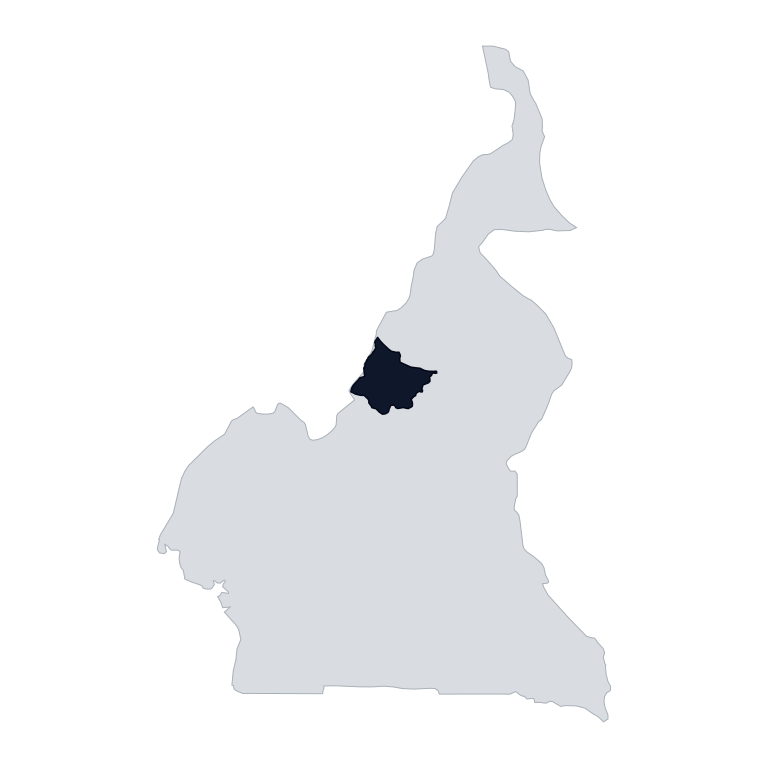 location of Faro-et-Deo, Adamaoua, Cameroon
{"feature_id": "32672807B79440248069412", "entity_name": "Faro-et-Deo", "entity_type": "district", "adm_level": 2, "iso_a3": "CMR", "parent_name": "Cameroon", "parent_adm1": "Adamaoua", "projection": "orthographic", "projection_center": [12.392, 7.524], "detail": "fine", "context": "in_parent", "style": "filled", "palette": "ink", "viewbox_px": 768, "rotation_deg": 0, "n_neighbors": 0, "source": "geoboundaries", "source_scale": "gbopen_adm2", "svg_char_len": 5770}
<svg xmlns="http://www.w3.org/2000/svg" viewBox="0 0 768 768"><path d="M158.7,539.4L160.4,534.8L173.3,513.2L181.4,478.6L185.2,470.6L188.9,465.2L207.5,446.8L214.4,441.0L224.5,434.3L231.6,420.8L234.0,419.4L237.2,418.3L253.1,406.9L254.5,409.1L255.6,411.9L256.7,413.1L261.9,414.0L269.0,414.0L273.1,413.2L275.2,410.9L277.5,404.6L278.8,403.4L280.4,403.1L288.1,407.5L300.9,420.2L304.1,422.4L305.5,424.8L308.2,436.3L309.8,439.1L312.6,440.3L317.5,439.6L322.7,437.6L327.3,434.7L331.7,430.9L334.8,427.5L336.1,425.0L336.8,415.6L337.8,413.6L354.4,400.1L354.0,398.8L351.3,395.0L348.9,390.8L351.4,386.5L353.9,383.2L363.6,372.0L364.1,363.8L371.8,351.0L376.3,334.1L376.4,330.8L386.4,312.2L396.9,310.5L401.0,307.9L405.7,303.3L408.6,299.0L410.1,294.9L411.1,287.0L413.0,278.0L414.1,270.1L417.2,262.8L422.5,259.1L431.6,256.1L433.0,254.6L434.3,249.8L435.6,233.7L437.1,226.6L445.5,218.5L449.2,205.9L452.5,192.8L462.1,176.8L473.2,161.0L478.4,156.7L482.8,154.7L487.8,154.5L491.2,153.3L503.2,145.3L508.3,142.7L512.0,139.9L512.8,137.5L513.2,134.0L512.0,125.9L514.0,119.9L515.1,110.6L515.6,103.3L515.1,100.8L512.8,96.6L509.2,92.2L503.2,89.5L494.9,88.8L490.5,87.2L488.9,78.9L488.3,73.6L482.5,46.1L493.0,46.1L505.6,49.3L508.7,51.8L510.5,61.2L515.0,66.6L523.1,70.9L528.1,80.0L530.2,93.7L534.7,102.0L535.7,103.3L542.1,118.8L542.5,126.0L542.0,130.8L544.6,136.8L540.9,147.1L539.8,153.4L539.5,162.2L541.9,177.8L545.7,189.8L549.8,199.5L554.3,207.0L561.6,215.3L569.4,222.9L576.6,227.6L570.0,230.5L557.1,230.9L549.6,229.3L546.1,229.3L542.5,230.3L528.8,231.8L514.8,231.2L501.9,229.4L494.1,229.7L488.0,234.4L483.2,241.4L478.6,246.9L480.2,253.0L483.7,256.4L490.4,263.8L496.5,271.0L499.5,275.8L511.6,286.4L523.2,295.8L528.7,299.0L530.7,299.7L537.0,305.1L545.8,314.0L553.9,327.9L565.3,355.8L567.7,358.1L571.6,359.5L572.1,362.5L571.8,366.9L570.6,370.4L561.7,385.1L553.9,390.8L551.6,394.2L548.8,402.7L541.6,419.4L538.6,421.7L531.5,433.0L525.8,447.3L524.4,449.4L522.0,451.2L513.8,454.8L511.0,456.5L506.8,461.0L506.2,463.9L508.2,467.9L510.5,471.1L514.9,471.1L517.2,474.1L517.3,496.1L515.4,499.4L515.4,500.9L514.5,504.7L514.2,508.9L514.8,510.6L516.5,511.9L518.8,514.9L520.1,521.6L522.9,545.3L524.3,549.1L526.6,551.7L533.9,556.8L541.6,563.4L544.0,567.8L545.5,575.0L548.4,580.6L548.3,582.5L547.1,583.2L542.4,583.7L544.0,587.8L548.0,595.0L567.6,616.8L586.4,636.2L590.8,637.6L594.1,638.0L595.5,639.1L597.2,641.9L603.5,649.0L604.6,653.1L603.3,657.0L604.7,663.1L605.8,665.3L605.5,667.3L606.2,674.7L607.9,681.2L610.7,686.7L610.3,690.6L606.7,692.8L604.6,696.4L604.0,701.5L605.1,707.6L607.9,714.8L608.0,719.0L603.5,721.9L598.5,717.0L592.9,713.7L584.6,708.0L576.2,705.9L565.4,705.6L560.7,706.4L552.7,701.7L550.1,701.1L546.5,703.0L544.0,703.1L541.0,702.4L534.8,702.5L534.2,699.2L533.2,698.5L526.5,698.9L524.5,696.1L523.6,696.4L520.9,695.5L515.6,691.6L510.0,694.2L498.3,694.0L439.3,694.1L437.9,690.4L434.9,688.5L429.6,688.3L414.0,689.1L402.0,688.5L393.9,687.0L383.9,686.2L371.6,686.9L358.9,686.8L336.3,685.8L323.8,685.9L324.0,688.1L323.3,689.8L322.6,693.7L242.5,693.4L236.0,690.6L234.0,688.9L233.4,685.6L231.9,685.2L233.2,671.3L235.9,659.7L237.0,649.0L240.8,639.4L238.8,629.9L236.5,625.7L224.4,612.1L230.0,607.0L222.7,607.7L221.1,602.7L217.6,596.6L219.8,595.7L221.9,592.4L228.5,593.4L228.3,591.8L222.6,586.7L223.2,584.2L225.5,581.4L224.4,580.1L220.3,583.1L217.3,583.0L215.0,581.0L213.4,580.7L214.4,584.6L212.1,588.0L209.9,589.2L206.2,589.0L203.1,588.1L202.3,586.1L199.5,584.7L191.5,582.0L184.8,579.0L183.4,570.7L180.8,567.2L179.7,563.1L179.1,558.5L180.0,551.5L178.3,550.4L176.4,550.0L173.5,550.3L170.8,549.9L167.6,546.0L164.8,544.4L166.5,551.6L164.5,553.6L159.7,553.0L157.7,550.3L157.3,548.2L159.5,539.6L158.7,539.4Z" fill="#d9dde1" stroke="#a8b0b8" stroke-width="1"/><path d="M411.3,407.0L411.7,406.7L412.2,406.3L412.5,404.6L412.4,402.7L411.2,399.3L412.5,398.0L413.7,396.7L415.6,395.6L416.0,393.6L417.0,392.7L419.2,391.3L420.8,391.9L422.0,392.0L422.5,391.2L422.5,390.1L421.6,389.5L422.1,388.2L422.5,386.7L422.9,385.0L424.4,384.4L426.3,383.7L427.6,383.1L428.7,382.7L429.3,381.8L430.0,381.2L429.7,377.8L429.7,376.7L431.4,375.6L432.5,373.0L435.6,373.3L436.7,373.0L436.6,371.5L435.7,371.1L433.6,371.4L430.9,371.3L429.3,371.3L425.3,370.7L422.6,369.6L420.2,368.3L415.9,367.8L410.8,367.1L406.4,365.1L406.1,365.0L400.0,362.2L399.7,358.4L400.4,355.8L399.8,353.9L398.9,352.2L396.0,352.3L391.3,351.2L388.5,349.1L388.1,348.7L383.1,344.0L380.3,341.0L377.7,337.5L377.1,338.0L376.7,339.1L376.2,339.7L375.7,340.2L375.1,341.3L374.9,341.9L374.8,342.3L375.0,343.1L375.2,343.6L375.4,344.7L375.3,345.4L375.2,346.0L375.5,346.7L375.6,347.2L375.6,347.4L375.7,347.6L375.6,348.3L375.0,349.4L374.4,350.0L374.2,350.8L374.0,351.2L373.7,351.3L373.4,351.6L373.1,351.8L372.8,352.2L372.4,353.1L372.2,353.3L371.7,354.4L371.0,354.9L370.5,355.5L369.4,356.3L368.3,357.3L368.2,357.7L367.6,359.1L367.0,359.7L366.7,360.2L366.6,360.9L366.3,361.2L366.2,362.1L366.0,362.5L365.4,363.0L365.1,363.5L365.0,364.2L364.9,365.2L364.9,366.1L364.7,366.8L364.5,367.3L364.2,367.5L363.9,367.9L363.7,368.3L364.0,369.0L364.1,371.2L364.2,372.7L364.3,374.2L364.5,375.0L365.0,375.9L363.4,376.8L363.1,376.8L362.6,377.1L362.2,377.3L360.9,377.4L360.3,377.6L359.7,378.0L358.8,379.1L358.2,380.1L357.0,381.3L356.7,381.5L356.3,382.1L356.1,382.2L353.7,384.8L353.0,385.8L352.6,386.5L352.3,387.1L352.2,387.4L351.9,387.7L351.5,389.1L351.1,390.5L350.9,391.7L351.0,391.9L353.9,393.2L355.1,394.0L360.5,395.3L364.2,395.4L366.4,397.6L367.8,398.7L369.0,401.1L368.9,401.4L368.8,402.8L371.2,406.1L372.0,407.7L375.4,408.6L375.7,408.6L376.5,409.2L379.3,412.1L382.4,414.2L385.2,413.9L387.8,412.5L388.8,410.9L389.0,409.3L389.8,407.6L390.6,405.7L391.8,405.2L394.4,405.2L395.3,406.6L395.8,407.7L397.9,408.5L403.5,407.5L405.0,408.0L408.2,408.6L411.3,407.0Z" fill="#0f172a" stroke="#020617" stroke-width="1.5"/></svg>